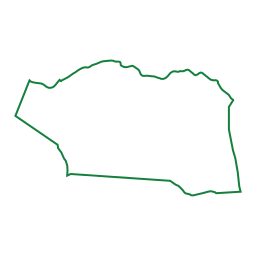 the district of Dennery By Pass/Rocky Lane, Dennery, Saint Lucia
{"feature_id": "8701671B20173506314249", "entity_name": "Dennery By Pass/Rocky Lane", "entity_type": "district", "adm_level": 2, "iso_a3": "LCA", "parent_name": "Saint Lucia", "parent_adm1": "Dennery", "projection": "equal_earth", "projection_center": [-60.9, 13.915], "detail": "fine", "context": "isolated", "style": "outline", "palette": "green", "viewbox_px": 256, "rotation_deg": 0, "n_neighbors": 0, "source": "geoboundaries", "source_scale": "gbopen_adm2", "svg_char_len": 3272}
<svg xmlns="http://www.w3.org/2000/svg" viewBox="0 0 256 256"><path d="M233.2,100.2L232.9,99.7L232.2,99.2L231.4,98.7L230.8,98.0L230.3,97.2L229.8,96.4L229.2,95.5L228.7,94.8L228.0,94.2L227.3,93.7L226.5,93.1L225.8,92.5L225.1,92.0L224.3,91.4L223.6,90.9L222.9,90.3L222.2,89.6L221.6,89.0L221.0,88.2L220.5,87.5L220.0,86.6L219.5,85.7L219.0,84.8L218.5,84.0L218.0,83.1L218.0,82.1L217.6,81.1L216.9,80.6L216.1,80.3L215.3,80.2L214.5,80.3L213.7,80.3L212.9,80.2L212.1,80.1L211.3,79.9L210.6,79.5L209.8,79.0L209.1,78.5L208.4,77.9L207.7,77.3L207.1,76.8L206.3,76.2L205.6,75.7L204.8,75.0L204.1,74.5L203.4,73.9L202.7,73.3L202.0,72.8L201.2,72.6L200.4,72.7L199.6,73.0L198.8,73.5L198.1,74.1L197.4,74.5L196.6,74.8L195.8,75.2L195.0,75.1L194.2,74.6L193.5,74.0L192.9,73.4L192.2,72.8L191.4,72.2L190.7,71.6L190.0,71.0L189.3,70.4L188.6,70.0L187.8,69.7L187.0,69.8L186.2,70.0L185.4,70.3L184.7,70.7L183.9,71.0L183.1,71.2L182.3,71.3L181.5,71.2L180.7,71.1L179.9,71.2L179.1,71.6L178.3,71.7L177.5,71.8L176.7,71.6L175.9,71.5L175.0,71.3L174.2,71.3L173.3,71.4L172.5,71.6L171.8,72.1L171.0,72.6L170.3,73.1L169.7,73.8L169.1,74.5L168.5,75.2L167.9,76.0L167.2,76.6L166.6,77.2L165.9,77.8L165.1,78.2L164.4,78.5L163.6,78.8L162.8,78.9L161.9,78.9L161.1,78.8L160.4,78.5L159.6,78.2L158.8,78.0L158.0,77.8L157.2,77.5L156.4,77.2L155.6,76.9L154.7,76.6L153.9,76.4L153.1,76.3L152.2,76.3L151.3,76.2L150.5,76.1L149.6,76.0L148.7,75.9L147.9,75.8L147.1,75.7L146.3,75.8L145.4,75.8L144.6,75.9L143.7,75.9L142.8,75.8L142.0,75.5L141.3,75.0L140.8,74.2L140.3,73.3L139.9,72.3L139.5,71.4L139.1,70.5L138.5,69.8L137.8,69.2L137.1,68.7L136.4,68.2L135.6,67.7L134.9,67.2L134.2,66.7L133.4,66.2L132.6,65.9L131.8,65.9L130.9,66.1L130.1,66.3L129.3,66.5L128.5,66.7L127.8,66.9L126.9,67.1L126.1,67.2L125.3,67.2L124.5,67.0L123.7,66.9L123.0,66.5L122.2,66.1L121.5,65.8L120.8,65.1L120.6,64.1L120.6,63.0L120.2,62.2L119.4,61.8L118.5,61.6L117.7,61.6L116.9,61.6L116.0,61.6L115.2,61.5L114.4,61.3L113.6,60.9L112.7,60.7L111.9,60.6L111.1,60.6L110.3,60.6L109.4,60.7L108.6,60.8L107.7,60.8L106.9,60.9L106.1,61.0L105.3,61.1L104.4,61.2L103.6,61.2L102.8,61.4L102.0,61.6L101.2,61.8L100.4,62.1L99.5,62.5L98.7,62.9L97.9,63.2L97.1,63.5L96.4,63.8L95.6,64.1L94.8,64.3L94.0,64.6L93.2,64.8L92.4,65.1L91.7,65.5L91.0,66.0L90.2,66.5L89.5,67.0L88.7,67.3L87.9,67.5L87.1,67.5L86.3,67.4L85.5,67.3L84.7,67.4L83.9,67.5L83.1,67.7L82.3,68.0L81.5,68.4L80.7,68.8L79.9,69.2L79.1,69.7L78.4,70.2L77.6,70.6L76.9,71.2L76.2,71.7L75.4,72.2L74.7,72.7L73.9,73.1L73.1,73.6L72.4,74.1L71.5,74.7L70.8,75.2L70.0,75.8L69.3,76.3L68.5,76.8L67.8,77.3L67.0,77.7L66.3,78.1L65.5,78.5L64.7,78.9L64.0,79.3L63.2,79.7L62.4,80.0L61.7,80.5L61.0,81.1L60.4,80.8L59.6,79.9L57.9,81.9L54.8,85.7L52.9,87.2L50.7,87.8L48.7,87.8L46.6,86.9L43.5,84.5L41.3,83.5L37.0,83.0L32.8,82.3L30.7,81.5L29.5,80.4L15.4,115.9L57.6,144.8L58.1,148.1L61.4,152.6L64.0,158.5L65.7,160.7L66.5,163.2L67.3,166.0L67.5,170.4L67.2,175.6L70.7,174.0L170.1,180.8L175.7,184.7L178.3,185.8L180.2,187.5L182.8,190.2L184.0,191.9L185.4,193.3L189.6,194.3L191.1,195.2L193.1,195.4L203.4,193.0L207.5,191.8L210.9,191.2L213.5,191.8L215.1,192.3L216.2,193.2L240.6,191.7L239.6,187.8L239.3,186.5L238.6,180.4L238.4,178.4L237.8,172.6L237.7,171.9L237.5,170.9L235.3,158.2L235.1,157.5L232.9,150.0L228.9,129.4L228.9,106.9L233.2,100.2Z" fill="none" stroke="#15803d" stroke-width="2"/></svg>